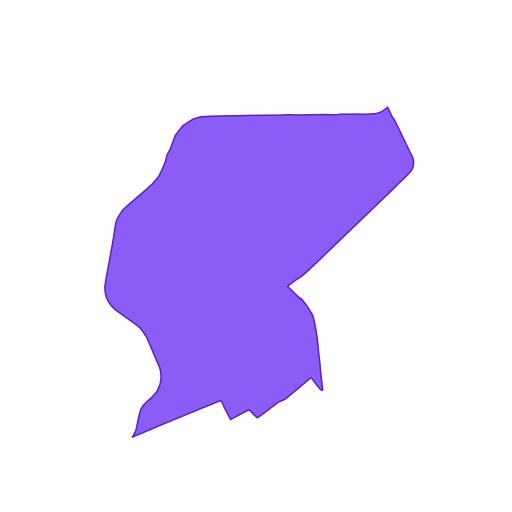 outline of Agege, Lagos, Nigeria, rotated 68°
{"feature_id": "59680162B37327775180775", "entity_name": "Agege", "entity_type": "district", "adm_level": 2, "iso_a3": "NGA", "parent_name": "Nigeria", "parent_adm1": "Lagos", "projection": "albers", "projection_center": [3.32, 6.625], "detail": "fine", "context": "isolated", "style": "filled", "palette": "violet", "viewbox_px": 512, "rotation_deg": 68, "n_neighbors": 0, "source": "geoboundaries", "source_scale": "gbopen_adm2", "svg_char_len": 1988}
<svg xmlns="http://www.w3.org/2000/svg" viewBox="0 0 512 512"><g transform="rotate(68 256 256)"><path d="M243.6,409.8L248.2,408.7L252.6,406.9L259.7,402.5L270.6,395.5L276.1,392.1L280.0,390.2L284.9,388.9L290.7,387.8L301.7,387.6L317.0,387.3L322.5,387.1L327.0,387.6L332.3,389.1L338.3,392.5L344.1,398.0L348.1,405.7L350.2,411.8L352.4,416.8L354.8,420.0L360.0,424.1L369.1,430.2L373.1,433.0L377.5,438.2L377.7,437.5L377.8,437.0L377.4,435.8L377.6,433.4L377.1,409.0L376.8,365.2L376.8,352.4L376.8,343.0L378.8,342.3L384.2,342.2L397.0,340.9L398.0,341.0L397.8,338.8L396.1,321.6L396.1,320.3L396.9,319.6L401.9,317.6L406.1,315.7L406.5,314.9L405.1,309.1L399.8,289.7L399.9,286.6L399.5,281.7L398.7,279.5L396.2,271.5L390.5,254.2L389.3,250.5L391.9,249.7L394.9,249.0L401.2,247.2L403.3,246.5L404.8,245.5L405.4,244.6L404.9,244.3L391.7,240.6L383.3,238.2L379.9,237.1L368.9,234.0L354.9,230.0L349.0,228.6L343.3,227.4L337.3,226.2L333.5,225.8L330.1,225.9L326.2,226.6L321.9,227.3L319.0,228.1L315.5,229.1L312.7,229.9L312.4,230.2L312.0,230.7L312.0,231.5L311.8,231.4L310.7,231.2L310.0,231.9L307.4,233.2L302.2,235.3L295.9,238.2L294.7,233.9L293.3,228.8L292.0,222.0L290.8,218.1L289.4,214.0L286.2,205.8L284.7,201.9L283.2,198.3L262.0,145.6L245.1,103.3L243.5,99.7L242.0,96.2L240.3,91.8L238.1,86.3L235.4,80.6L233.2,77.8L230.1,75.6L226.7,74.3L223.8,73.8L215.8,74.4L195.0,75.7L183.2,76.6L180.0,76.8L179.7,77.4L174.6,77.8L167.5,78.2L169.3,85.7L169.0,91.4L165.4,102.0L162.3,108.9L159.7,115.7L156.3,124.0L155.3,128.3L151.3,137.6L147.0,148.3L141.1,164.1L137.0,173.2L134.9,179.6L125.1,204.5L109.5,245.4L106.1,255.5L105.5,263.1L107.7,274.9L113.8,285.5L125.0,295.7L129.1,300.7L134.1,304.2L140.3,310.3L145.7,316.3L150.5,325.3L153.6,334.1L154.3,336.1L156.9,343.9L160.9,355.7L163.5,362.5L166.2,366.3L169.4,370.6L173.4,374.0L182.2,379.2L183.4,379.9L192.7,385.6L197.8,388.9L199.8,390.2L200.6,390.6L215.5,400.1L222.9,404.8L227.8,407.6L232.0,409.1L235.4,409.9L239.5,410.3L243.6,409.8Z" fill="#8b5cf6" stroke="#5b21b6" stroke-width="1.5"/></g></svg>